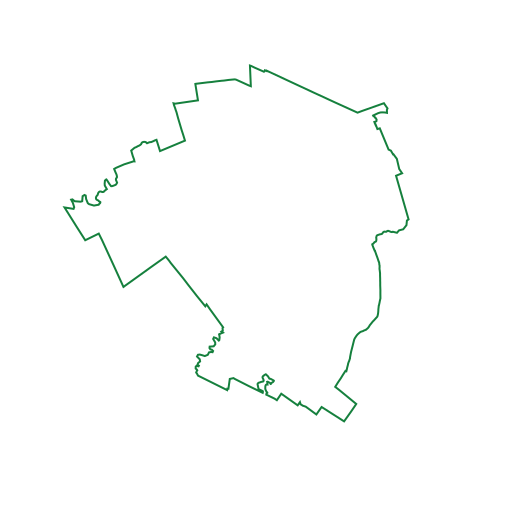 the district of Buzoesti, Arges, Romania, rotated 73°
{"feature_id": "2599482B1086880995944", "entity_name": "Buzoesti", "entity_type": "district", "adm_level": 2, "iso_a3": "ROU", "parent_name": "Romania", "parent_adm1": "Arges", "projection": "robinson", "projection_center": [24.92, 44.587], "detail": "fine", "context": "isolated", "style": "outline", "palette": "green", "viewbox_px": 512, "rotation_deg": 73, "n_neighbors": 0, "source": "geoboundaries", "source_scale": "gbopen_adm2", "svg_char_len": 6051}
<svg xmlns="http://www.w3.org/2000/svg" viewBox="0 0 512 512"><g transform="rotate(73 256 256)"><path d="M153.6,424.9L175.5,419.0L190.6,414.8L191.0,414.7L188.6,399.8L195.8,398.6L223.2,394.9L246.8,391.8L239.2,369.3L235.9,359.6L230.2,342.5L235.0,340.5L237.7,339.6L255.9,332.2L264.0,329.2L277.0,324.2L289.3,319.2L287.8,317.4L293.7,315.5L314.6,308.3L314.7,308.5L315.2,309.1L317.7,309.6L318.1,311.1L319.6,310.0L319.8,312.3L320.0,313.1L319.9,313.5L320.1,314.2L321.6,314.3L323.3,314.6L325.7,315.7L326.0,316.3L323.1,317.8L321.5,320.0L322.8,321.2L326.7,320.3L328.6,320.8L330.0,322.9L329.1,326.8L330.4,327.4L332.0,326.9L332.6,325.7L334.3,324.8L335.3,325.7L334.7,326.9L334.4,329.1L336.4,331.0L336.7,334.2L335.2,336.4L333.8,338.6L333.5,340.4L334.9,341.8L338.3,340.0L340.5,340.3L341.4,342.6L342.9,343.8L344.2,342.7L344.7,343.2L343.7,345.1L344.2,346.0L346.0,346.6L347.3,345.8L348.2,345.6L348.7,346.3L350.0,347.3L351.0,346.9L353.5,346.4L354.5,345.3L375.8,322.8L374.5,322.2L374.9,321.2L365.9,317.0L366.2,313.2L367.2,312.4L378.2,301.0L388.8,289.6L388.0,289.1L387.3,289.0L387.0,289.2L384.0,292.5L383.5,292.4L381.2,292.2L380.5,292.1L379.5,292.1L378.7,291.8L378.3,291.3L378.0,290.6L378.0,288.9L377.9,288.0L378.1,285.9L377.8,285.4L377.4,285.1L376.2,285.0L374.3,285.3L373.6,285.1L373.0,284.5L372.6,283.3L372.3,282.9L372.2,282.4L372.0,281.2L374.4,279.8L375.8,279.4L377.1,279.1L377.4,278.8L377.7,278.0L378.8,276.9L379.8,275.9L380.4,275.4L380.6,275.4L381.4,276.4L381.6,277.0L382.0,278.5L382.2,278.9L382.7,279.2L382.7,279.4L382.5,279.5L381.9,279.5L381.4,279.8L379.6,281.6L379.6,282.1L380.0,282.1L380.6,282.2L381.4,282.5L381.6,282.5L382.3,282.6L382.1,283.2L382.0,283.7L382.1,284.1L382.4,284.5L383.2,285.1L385.5,285.9L386.4,286.0L388.7,285.7L389.3,285.5L389.6,285.2L389.9,285.1L390.2,285.2L390.3,285.5L390.4,285.9L390.6,286.2L391.6,286.7L397.8,280.0L399.0,279.0L400.0,278.2L395.1,272.1L411.0,259.8L408.6,256.7L410.9,256.7L412.2,255.5L412.7,255.2L414.6,252.5L425.2,244.6L420.5,238.6L419.6,237.4L439.9,220.1L432.6,210.6L428.2,205.1L426.8,203.4L408.3,215.7L404.3,218.5L400.9,214.6L397.7,210.6L395.3,207.9L392.0,204.0L392.6,203.3L390.8,202.2L389.5,201.5L386.9,199.9L385.9,199.4L384.5,198.4L383.6,197.6L381.3,196.0L380.4,195.7L378.3,194.6L375.3,193.0L370.9,190.3L366.4,187.6L364.6,186.5L363.7,185.7L363.1,185.0L361.7,183.3L360.8,182.0L360.3,181.0L359.5,179.2L359.2,178.3L359.1,177.8L359.1,175.7L358.8,174.4L358.8,173.6L358.6,172.6L358.7,172.4L357.6,170.0L356.6,168.6L355.6,167.6L353.3,164.2L352.8,163.5L352.3,162.5L351.8,161.6L351.3,160.8L349.8,158.3L349.5,157.8L349.1,157.5L348.9,157.3L347.1,156.3L345.8,155.7L344.3,155.1L342.6,154.5L340.1,153.4L339.7,153.3L339.4,153.1L339.2,152.9L336.9,151.6L335.0,150.6L332.9,149.4L330.5,148.7L328.8,148.2L324.9,147.0L320.4,145.8L317.8,145.0L315.6,144.4L314.4,144.0L311.4,143.2L310.7,143.0L309.4,142.6L308.7,142.4L306.0,141.9L304.6,141.7L303.6,141.4L302.9,141.1L301.5,140.7L301.2,140.6L300.6,140.6L299.9,140.5L299.5,140.4L298.6,140.2L298.0,140.2L297.3,140.2L297.2,140.3L296.9,140.3L292.9,140.4L291.3,140.5L289.4,140.6L288.6,140.6L287.3,140.7L286.1,140.7L285.9,140.8L285.6,140.7L285.4,140.8L285.4,141.0L282.2,141.3L279.1,141.5L278.7,141.3L278.5,140.3L278.2,139.8L277.4,138.6L277.3,138.0L277.3,137.4L277.1,137.0L276.8,136.7L276.3,136.4L275.5,136.1L275.1,135.9L274.3,135.8L273.6,135.7L272.9,135.3L272.1,134.8L271.8,134.4L271.6,134.0L271.5,131.3L271.7,129.9L271.6,128.9L271.4,128.6L270.5,127.5L270.2,126.5L270.2,126.1L270.4,125.8L270.7,125.0L270.9,124.1L270.5,123.3L270.5,122.5L270.7,122.0L272.4,119.9L272.7,119.4L272.9,118.8L272.8,118.1L275.0,114.4L273.3,111.7L273.5,107.4L270.5,103.1L266.2,101.3L265.6,99.4L220.2,98.6L219.6,92.1L214.7,93.6L204.3,92.9L198.9,94.8L198.9,95.2L194.7,96.2L193.0,98.1L170.1,100.3L170.1,102.8L165.8,103.1L165.9,103.3L163.2,103.6L162.4,103.6L162.5,102.4L162.2,101.4L160.8,100.8L159.0,101.2L158.3,101.9L157.1,101.9L156.5,102.2L156.5,102.8L155.9,102.9L155.1,97.4L155.1,95.1L155.6,93.1L156.3,91.1L156.9,89.8L157.4,88.9L154.5,88.1L153.3,87.1L149.6,88.3L147.3,89.0L148.3,112.0L148.6,117.0L147.8,117.9L132.0,135.8L117.0,152.6L81.9,191.6L82.2,191.8L81.0,193.2L82.0,194.0L82.1,194.3L82.1,194.6L81.7,195.0L75.5,202.2L72.9,205.0L72.1,206.1L92.1,211.3L91.7,211.8L91.3,212.4L90.8,213.0L86.8,217.5L81.6,223.4L81.1,224.2L80.8,225.0L79.6,230.8L78.9,235.2L78.4,237.5L77.4,242.8L76.7,247.2L75.8,251.5L73.7,263.4L73.7,263.7L90.2,266.0L86.7,288.8L85.9,290.2L87.7,290.3L91.3,290.1L93.2,290.1L94.7,290.0L95.9,290.0L98.4,290.1L101.4,290.2L114.0,290.3L118.8,290.2L124.9,290.2L127.6,317.1L115.8,317.2L115.9,319.2L116.0,319.7L116.1,320.0L116.4,322.8L116.1,324.4L116.1,325.4L116.3,326.9L116.3,327.3L116.0,327.5L115.0,328.0L114.6,328.5L114.3,329.1L114.1,329.7L114.0,330.4L114.0,330.9L114.0,331.3L114.2,331.8L114.3,332.1L114.6,332.4L115.5,333.2L116.0,334.4L116.3,335.6L116.4,336.6L116.5,337.4L116.8,338.3L117.0,340.5L118.7,344.5L124.1,344.6L127.9,344.4L128.6,344.4L129.3,344.6L130.0,344.6L129.6,346.0L129.7,346.6L129.8,355.3L130.7,363.4L130.9,364.7L131.3,366.2L134.8,365.9L136.3,365.7L137.2,365.6L138.3,365.6L138.7,365.7L139.8,365.8L140.3,366.2L140.3,366.3L140.7,366.7L140.8,366.9L141.2,367.3L141.9,367.6L142.4,367.7L143.2,367.6L145.3,367.4L145.7,367.8L146.5,368.7L146.9,369.4L147.1,371.9L147.1,373.5L146.8,374.2L144.4,375.1L140.7,376.1L139.0,376.7L139.0,376.9L139.7,378.4L142.6,379.6L144.4,380.0L148.4,379.1L148.6,379.9L149.0,380.5L149.1,380.8L149.2,381.4L149.4,381.7L149.9,382.6L150.1,382.9L150.1,383.2L150.0,384.0L149.7,384.6L149.1,385.3L148.9,385.8L148.7,386.4L148.7,386.9L148.9,387.4L149.1,387.8L149.4,388.2L149.8,388.6L150.4,389.0L151.3,389.6L151.9,390.6L152.5,391.4L153.4,392.0L154.1,392.2L154.7,392.2L155.2,392.1L155.9,391.6L156.6,390.8L156.9,390.5L157.7,390.2L158.1,389.9L158.6,389.3L158.9,389.1L159.3,389.2L159.6,389.4L159.9,389.7L160.2,390.3L160.4,390.7L160.6,391.1L161.0,391.5L160.8,392.8L160.4,396.2L157.6,400.5L156.3,401.4L151.9,401.8L148.4,401.2L147.5,402.2L148.1,404.3L152.8,406.2L152.8,407.8L150.6,413.4L148.2,415.0L148.1,416.3L151.7,415.6L156.2,415.6L157.6,416.7L153.6,424.9Z" fill="none" stroke="#15803d" stroke-width="2"/></g></svg>